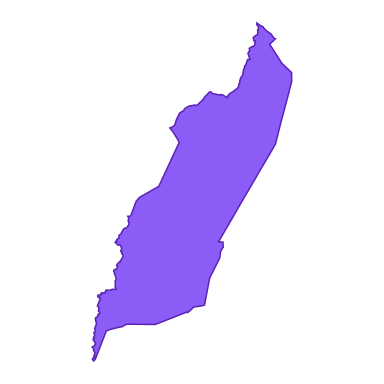 outline of Santiago del Río, Oaxaca, Mexico
{"feature_id": "50627088B48530858037738", "entity_name": "Santiago del Río", "entity_type": "district", "adm_level": 2, "iso_a3": "MEX", "parent_name": "Mexico", "parent_adm1": "Oaxaca", "projection": "robinson", "projection_center": [-98.116, 17.433], "detail": "fine", "context": "isolated", "style": "filled", "palette": "violet", "viewbox_px": 384, "rotation_deg": 0, "n_neighbors": 0, "source": "geoboundaries", "source_scale": "gbopen_adm2", "svg_char_len": 4843}
<svg xmlns="http://www.w3.org/2000/svg" viewBox="0 0 384 384"><path d="M291.6,72.7L290.9,71.9L281.9,63.3L273.8,50.6L269.7,44.3L275.4,38.8L274.4,38.5L273.2,37.1L271.1,34.0L267.2,31.3L264.2,28.6L263.2,26.9L260.6,25.6L258.5,24.2L256.9,23.0L256.9,23.3L257.0,23.8L256.8,24.4L257.0,25.1L257.5,25.8L258.0,26.2L258.6,27.3L258.5,28.3L258.0,29.1L257.5,30.3L257.9,30.7L257.8,31.6L257.8,32.7L257.6,34.0L257.1,34.7L255.5,35.7L253.6,37.1L253.2,37.5L253.2,37.9L253.3,38.4L254.0,39.7L253.8,40.8L254.0,40.8L254.7,40.7L255.2,40.9L255.3,42.1L255.0,42.2L254.8,43.7L254.7,44.8L254.5,45.3L254.1,45.8L253.6,46.0L252.9,46.3L252.6,46.6L251.3,47.0L249.2,48.4L249.8,51.0L249.1,51.3L248.0,53.0L248.1,54.2L248.5,54.6L248.5,55.0L248.9,55.6L248.9,56.8L249.5,58.0L250.0,59.5L247.6,59.5L246.4,63.1L246.5,63.7L245.8,64.3L245.6,64.9L244.7,66.0L244.1,68.9L243.6,69.3L243.4,70.6L243.5,71.3L243.1,71.8L243.3,72.5L242.8,73.5L243.0,74.6L241.2,77.0L240.3,78.8L240.2,79.8L240.0,80.2L239.6,82.3L239.5,83.2L239.0,83.7L238.8,84.3L238.8,85.1L238.6,85.9L238.3,86.7L237.7,87.7L237.4,88.2L236.5,88.9L235.1,90.0L234.6,90.3L234.0,91.0L233.5,91.1L233.3,91.5L232.6,91.9L231.6,92.4L230.3,93.3L229.2,94.1L228.7,94.9L227.6,95.8L227.6,96.6L227.3,97.7L223.2,95.2L221.4,94.5L219.4,94.9L214.3,93.9L211.7,93.1L210.7,91.7L209.0,92.3L207.2,94.5L204.8,96.7L203.5,98.9L201.2,101.4L196.8,105.4L194.8,105.0L191.3,105.7L188.9,106.1L186.6,107.4L184.4,108.9L183.6,110.8L181.7,111.6L181.3,111.9L179.6,113.1L179.1,114.1L178.0,116.5L176.5,119.4L175.9,121.3L174.6,125.2L173.0,126.6L171.0,127.5L169.8,128.0L173.4,132.5L178.1,140.1L179.1,142.6L158.8,186.3L139.6,197.3L136.2,201.1L130.6,216.1L127.8,216.3L128.4,217.3L128.4,217.7L128.7,218.2L128.7,218.7L128.5,219.1L128.3,219.9L128.1,220.3L128.2,220.7L128.3,221.4L128.7,222.5L129.0,223.2L128.9,223.7L128.7,224.6L128.3,225.4L127.8,225.8L127.7,226.6L127.1,227.2L126.4,227.8L125.7,228.1L124.6,228.2L123.6,229.1L123.3,229.6L122.9,230.0L122.6,230.6L122.3,231.5L121.5,232.4L121.3,232.8L121.3,233.5L120.7,234.3L119.3,235.0L118.8,235.7L119.2,236.8L118.8,238.1L117.5,238.9L116.8,239.5L116.5,240.4L117.0,241.0L117.1,241.4L116.6,241.5L115.8,241.4L115.1,242.4L115.6,242.7L115.9,243.1L116.3,243.6L117.0,244.0L117.3,244.4L117.6,244.8L117.9,245.0L118.3,245.3L119.2,245.1L120.0,244.8L121.1,246.7L121.4,248.1L121.7,248.2L121.5,249.4L121.1,250.1L120.6,250.7L120.7,251.1L121.0,251.5L121.2,251.9L121.5,252.4L121.9,252.3L121.7,253.6L122.2,253.7L122.9,255.0L123.1,255.8L123.0,256.6L122.4,257.5L122.0,258.3L121.5,258.9L121.3,259.8L120.3,261.0L120.6,261.6L119.8,261.6L119.7,262.1L119.1,262.3L118.9,262.6L118.3,262.8L117.8,263.3L116.7,265.1L117.0,265.6L117.0,266.1L117.4,266.0L117.2,267.1L117.2,267.7L116.9,268.2L116.8,269.0L114.6,269.5L113.9,270.2L113.6,271.3L114.6,272.8L114.5,274.3L115.3,275.5L116.2,278.8L116.0,279.8L115.1,280.8L115.4,282.3L115.3,283.9L115.2,285.7L115.1,287.1L116.1,289.1L114.9,289.5L112.3,289.2L110.8,290.0L109.3,290.3L107.5,290.1L106.8,290.1L106.2,290.1L105.8,290.3L105.5,291.1L105.2,292.0L105.3,292.6L105.1,292.8L103.2,292.9L102.5,292.9L102.3,293.7L101.7,293.8L101.3,293.1L100.9,294.0L100.9,294.8L100.2,294.8L99.7,294.9L99.0,294.9L98.3,295.0L97.8,295.5L97.7,296.0L97.7,296.7L98.1,297.0L98.9,297.1L99.7,297.0L99.8,297.2L99.4,297.5L99.3,298.0L99.4,298.4L100.0,298.5L100.3,298.6L100.1,299.0L100.2,299.7L100.4,299.9L99.8,300.6L99.4,300.7L97.4,306.0L97.8,306.4L98.4,306.7L98.3,307.1L98.8,307.6L98.8,308.4L98.8,309.1L98.6,309.9L98.4,311.0L99.8,312.5L99.8,313.4L99.2,314.0L98.4,314.1L97.9,314.6L97.6,316.4L96.5,317.4L95.9,317.5L95.8,318.0L95.3,318.5L95.6,319.4L95.6,320.4L95.8,321.4L96.2,321.9L96.4,322.6L96.2,324.2L96.0,325.3L95.6,326.3L95.6,326.5L95.3,326.8L95.1,327.2L95.0,327.8L94.6,329.0L95.2,329.9L95.3,330.8L95.2,331.6L94.5,331.9L94.0,332.5L93.8,333.4L94.6,334.4L94.7,335.2L94.6,335.8L94.1,336.2L94.0,337.0L93.5,337.3L93.6,338.0L93.9,338.2L93.6,338.4L93.5,338.8L93.8,338.9L93.7,339.1L93.3,339.2L93.2,339.6L93.4,339.8L93.3,340.2L93.7,340.8L94.4,341.4L94.8,341.6L95.0,342.6L95.6,343.8L94.9,344.6L95.0,345.3L94.3,345.8L93.2,346.4L92.4,346.8L92.3,347.4L93.0,347.5L93.3,347.9L93.3,348.3L93.8,348.6L93.7,349.0L93.6,349.8L93.6,350.6L94.1,351.3L94.6,352.3L94.9,352.7L94.8,353.5L94.7,354.2L94.3,354.7L94.1,355.1L94.4,355.5L94.4,356.0L94.6,356.4L94.3,356.6L93.9,356.5L93.8,357.6L93.3,357.7L92.8,358.2L92.4,359.0L93.1,360.3L93.6,361.0L95.3,359.3L106.3,331.0L109.3,329.7L116.8,327.8L118.8,327.3L122.2,326.7L126.1,324.4L128.1,324.3L128.8,324.2L155.2,324.5L187.0,312.0L187.6,312.6L190.1,310.6L193.6,307.1L201.7,305.9L204.5,305.1L209.6,278.4L210.2,277.0L218.8,259.9L219.5,258.8L219.8,257.3L220.1,255.7L220.1,254.7L220.2,253.7L220.7,251.4L222.4,248.3L223.2,247.4L223.0,242.1L218.6,241.7L224.9,230.8L234.0,215.2L240.3,204.2L256.0,177.5L258.3,173.4L271.6,150.8L275.5,143.9L280.5,124.1L283.2,113.9L287.7,97.0L291.7,81.2L291.6,72.7Z" fill="#8b5cf6" stroke="#5b21b6" stroke-width="1.5"/></svg>